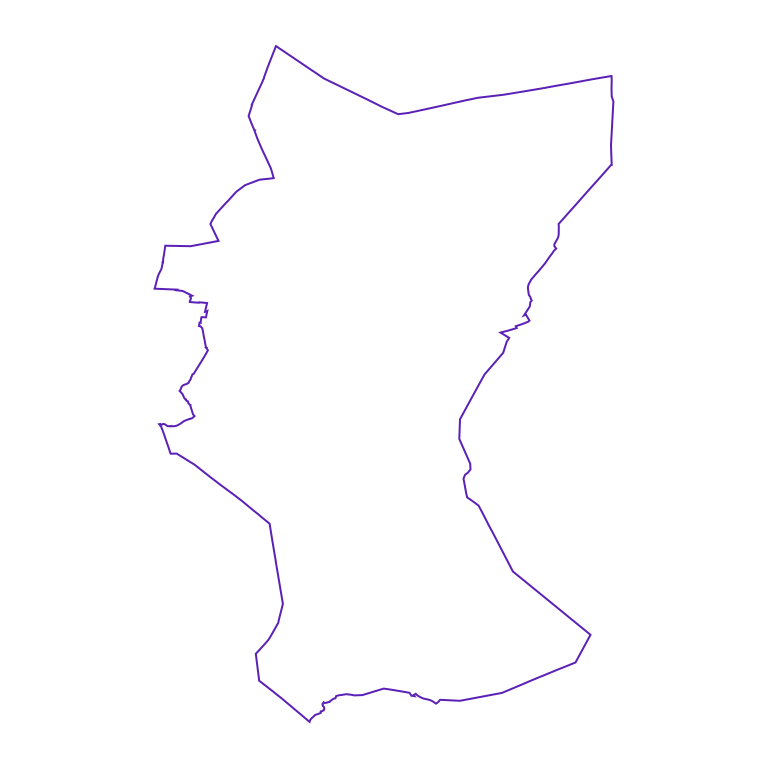 Losser, Overijssel, Netherlands (Natural Earth projection)
{"feature_id": "6326949B82961432295226", "entity_name": "Losser", "entity_type": "district", "adm_level": 2, "iso_a3": "NLD", "parent_name": "Netherlands", "parent_adm1": "Overijssel", "projection": "natural_earth1", "projection_center": [6.987, 52.3], "detail": "fine", "context": "isolated", "style": "outline", "palette": "violet", "viewbox_px": 768, "rotation_deg": 0, "n_neighbors": 0, "source": "geoboundaries", "source_scale": "gbopen_adm2", "svg_char_len": 5953}
<svg xmlns="http://www.w3.org/2000/svg" viewBox="0 0 768 768"><path d="M309.6,721.9L310.1,720.4L310.2,720.0L310.7,719.4L311.5,718.4L312.0,717.9L313.3,716.8L314.0,716.1L314.5,715.6L315.0,715.2L315.3,714.9L318.6,713.8L319.9,713.3L320.6,713.0L320.7,712.9L320.8,712.8L320.8,712.6L320.6,712.2L320.6,711.9L320.7,711.5L321.0,711.4L321.4,711.3L321.9,711.2L322.2,711.1L322.5,710.8L322.8,710.6L323.0,710.5L323.4,710.5L323.7,710.4L323.8,710.1L323.9,709.5L324.3,709.0L324.2,708.8L324.2,708.4L324.1,707.4L323.9,707.0L323.4,706.4L322.9,706.0L322.7,705.6L322.9,705.0L322.9,704.8L322.8,704.7L322.5,704.2L322.5,703.9L323.4,702.8L323.6,702.3L325.0,703.0L326.6,702.7L327.0,702.5L328.8,702.1L329.6,701.9L329.6,701.6L329.7,701.4L330.1,701.2L330.9,700.6L332.5,699.4L333.9,698.7L334.5,698.4L335.2,698.4L335.4,698.3L335.9,697.0L336.2,696.0L339.0,695.3L340.8,695.0L341.4,695.0L345.5,694.3L346.3,694.2L349.1,694.5L351.5,694.8L354.3,695.4L361.9,695.1L362.4,695.1L379.7,689.8L383.8,688.6L390.7,689.6L399.7,691.1L403.2,691.7L409.5,692.8L411.2,695.4L411.4,695.8L411.5,695.8L412.8,695.8L414.3,696.1L413.5,695.1L414.0,694.7L414.7,694.6L415.7,693.8L416.5,694.6L418.0,695.8L420.1,697.0L421.2,697.6L421.8,697.9L423.5,698.5L424.5,698.8L428.0,699.5L428.7,699.7L429.9,700.1L431.0,700.5L431.9,700.9L432.4,701.2L432.9,701.5L433.8,702.1L435.2,703.1L435.9,703.6L436.7,703.2L437.7,702.5L438.9,701.3L439.3,700.7L440.1,699.8L459.9,700.8L502.0,692.9L521.0,684.9L527.1,682.3L527.5,682.1L535.6,678.7L556.5,670.1L575.5,662.5L590.5,634.8L512.9,571.5L492.5,532.1L489.1,525.9L483.5,514.9L478.6,505.6L469.6,499.0L468.4,498.3L467.5,497.7L467.1,497.2L466.2,493.3L464.4,483.4L463.5,478.7L465.1,474.7L467.8,472.8L470.5,469.4L470.2,463.7L461.8,444.6L459.3,439.0L460.0,419.3L470.8,399.4L482.5,378.1L483.8,375.8L484.4,374.6L503.2,352.8L506.7,341.8L509.2,337.9L500.5,332.6L502.2,332.1L507.5,330.8L513.2,329.1L514.2,328.8L516.7,328.0L515.8,326.2L520.7,324.6L523.0,323.8L525.5,322.8L528.4,321.6L529.5,320.6L525.9,314.6L524.0,315.4L529.6,306.8L529.9,305.9L530.3,302.3L531.7,300.5L530.7,298.4L530.2,296.7L529.6,296.0L528.8,294.8L527.9,288.2L528.0,286.7L528.6,284.4L530.0,281.8L531.4,279.3L536.4,273.5L539.2,270.4L545.1,263.3L549.2,257.3L552.1,253.5L553.2,251.8L554.3,250.4L556.2,248.6L554.4,246.2L554.3,244.3L557.5,238.7L558.3,236.7L558.7,234.6L558.8,226.3L558.6,224.0L561.9,220.3L562.1,220.1L572.2,208.7L575.2,205.4L581.9,197.8L590.8,187.8L605.8,171.0L607.9,168.6L611.2,164.8L611.7,164.9L611.3,154.6L611.0,145.2L613.4,101.5L613.2,101.0L611.7,96.4L611.5,88.6L611.7,80.8L611.6,77.1L611.5,76.0L610.9,76.1L592.6,79.2L570.4,83.3L554.4,86.1L542.5,88.3L503.9,94.7L477.7,97.8L469.3,99.6L466.1,100.2L441.3,105.8L408.7,112.9L398.2,114.2L382.1,106.9L367.5,99.6L361.1,96.5L324.0,78.5L319.0,75.1L313.5,71.4L311.8,70.3L307.5,67.4L276.0,46.1L275.2,48.0L267.6,67.4L263.9,77.8L264.0,78.0L263.8,78.7L263.5,79.2L263.0,80.0L262.8,80.7L262.7,81.1L251.8,104.6L252.2,104.7L252.2,105.0L252.3,105.0L252.1,105.1L248.6,116.0L251.1,122.4L251.3,123.0L251.9,124.3L253.0,127.0L253.4,127.7L253.4,127.9L254.2,129.8L254.4,130.0L254.8,130.2L254.4,130.5L254.9,131.4L255.3,133.0L257.2,138.1L258.1,140.4L261.9,149.1L267.0,160.0L270.8,168.2L271.9,171.8L272.2,172.8L273.7,178.1L270.0,178.6L259.5,179.7L245.2,185.1L244.4,185.7L243.0,186.7L237.7,190.7L236.4,191.7L235.7,192.4L228.0,200.9L225.9,203.0L224.2,204.9L216.0,213.8L215.2,215.2L214.2,217.1L212.5,219.9L211.7,221.2L210.6,223.7L210.4,224.0L218.5,240.9L190.7,246.2L168.7,245.8L165.3,245.7L163.8,255.8L163.6,256.4L163.5,256.8L163.2,259.2L163.0,260.9L162.7,261.8L163.1,261.8L162.9,262.8L162.7,262.8L161.5,268.8L158.7,274.3L157.6,277.3L156.8,280.6L156.6,281.0L155.5,285.7L154.6,288.7L176.7,289.6L176.1,290.2L182.7,291.0L192.1,295.7L191.8,295.8L191.1,296.1L190.0,296.5L190.2,296.9L190.4,296.8L190.6,297.2L191.0,298.3L190.7,299.0L190.6,299.7L190.0,300.6L189.8,301.3L189.8,302.0L195.4,302.5L199.1,302.7L199.3,302.3L207.1,303.0L205.0,311.8L205.5,311.7L206.3,311.5L207.3,311.0L206.4,315.1L206.3,315.8L205.9,317.4L201.8,317.1L201.4,317.3L200.7,321.8L200.7,322.8L200.2,322.7L199.5,322.7L199.5,322.9L199.1,325.3L199.1,325.6L199.0,326.1L200.5,326.3L200.9,326.7L202.1,328.0L202.3,328.3L202.3,328.5L202.8,330.6L204.0,337.3L204.6,340.1L205.8,346.7L205.9,347.1L206.1,347.4L206.3,347.5L206.0,347.7L206.3,347.9L206.9,348.7L207.9,350.3L204.3,356.7L203.1,358.6L202.1,360.3L197.3,368.0L193.8,373.7L192.4,374.4L191.8,376.3L191.0,377.6L190.9,378.3L190.8,378.6L190.8,379.0L190.4,379.7L189.4,381.0L189.0,381.8L188.9,382.2L188.7,382.7L187.2,383.7L185.2,384.5L184.0,384.8L183.0,385.4L182.6,385.7L182.2,386.1L181.4,387.2L180.8,388.7L180.7,389.3L180.5,389.7L180.0,390.4L179.6,390.9L179.8,391.1L180.4,391.8L180.7,392.0L182.0,393.6L182.3,393.8L182.5,394.1L183.1,395.4L183.2,395.8L183.4,396.0L183.7,396.8L184.3,398.0L185.4,399.4L185.6,399.7L186.1,399.6L186.5,400.6L186.6,400.8L187.0,401.1L188.1,401.5L188.2,402.9L189.1,404.1L189.9,404.8L190.4,405.1L190.2,405.3L192.9,413.9L193.1,414.4L194.5,416.1L192.8,417.7L192.3,418.0L191.8,418.3L191.5,418.5L190.7,418.6L190.3,418.7L190.4,418.8L188.3,419.4L186.9,419.9L184.4,420.9L183.6,421.4L180.7,423.5L179.7,424.1L177.5,425.3L176.9,425.6L175.5,426.0L174.7,426.2L171.8,426.2L170.7,426.3L170.7,426.0L169.5,426.2L168.5,426.2L167.5,426.0L166.7,425.6L165.4,424.6L164.7,424.3L163.3,423.9L161.1,424.9L160.8,424.6L160.4,424.0L159.2,424.2L159.9,425.1L160.5,425.8L161.1,426.5L161.9,428.7L162.0,428.7L164.4,435.3L165.2,437.9L166.9,442.8L168.8,448.2L170.3,452.9L170.7,453.7L176.7,453.6L188.9,461.2L194.3,464.5L201.7,470.3L209.8,476.7L220.8,485.1L228.6,490.9L232.6,493.8L241.0,500.2L243.8,502.5L246.6,504.8L253.6,510.6L258.9,514.8L261.4,517.0L269.6,523.7L272.2,539.8L274.8,555.5L275.8,561.2L275.7,561.3L278.0,574.8L281.5,595.5L282.9,603.9L281.1,611.1L279.7,616.5L279.0,619.4L278.7,620.6L278.4,622.3L278.3,622.8L277.5,624.1L272.7,632.7L270.2,637.0L268.3,640.0L262.0,647.1L255.8,653.8L259.2,680.8L261.5,682.5L273.8,692.1L274.1,692.4L281.7,698.4L309.6,721.9Z" fill="none" stroke="#5b21b6" stroke-width="2"/></svg>